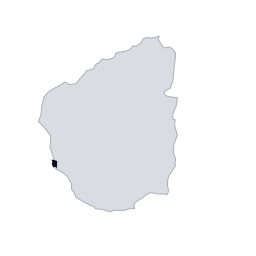 Municipality A, Montevideo, Uruguay (highlighted), rotated 53°
{"feature_id": "84410073B77317438071438", "entity_name": "Municipality A", "entity_type": "district", "adm_level": 2, "iso_a3": "URY", "parent_name": "Uruguay", "parent_adm1": "Montevideo", "projection": "albers", "projection_center": [-56.335, -34.842], "detail": "fine", "context": "in_parent", "style": "filled", "palette": "ink", "viewbox_px": 256, "rotation_deg": 53, "n_neighbors": 0, "source": "geoboundaries", "source_scale": "gbopen_adm2", "svg_char_len": 2943}
<svg xmlns="http://www.w3.org/2000/svg" viewBox="0 0 256 256"><g transform="rotate(53 128 128)"><path d="M196.5,171.2L195.1,172.4L193.5,174.8L191.6,180.6L185.4,188.4L184.1,192.9L177.6,197.4L173.0,202.6L170.1,202.4L167.4,204.6L152.1,211.3L146.6,209.9L142.6,209.9L138.9,206.8L130.3,205.6L125.0,206.8L117.7,210.1L115.6,210.1L114.0,209.9L110.1,208.5L108.0,205.6L96.9,202.2L87.9,194.5L77.3,194.5L69.2,195.6L67.9,194.6L67.1,192.6L65.3,189.8L58.2,183.1L52.6,176.4L51.3,169.8L51.9,162.5L53.4,153.9L53.1,151.3L55.1,149.7L57.2,149.4L59.1,147.1L60.8,143.7L61.0,141.2L59.6,136.5L58.5,130.0L57.3,126.7L59.5,121.5L59.6,119.0L58.2,116.8L57.8,114.6L58.4,112.2L58.2,110.0L57.3,107.9L57.9,106.1L60.0,104.6L61.5,102.5L62.5,99.5L63.0,97.3L63.0,95.8L62.4,94.4L61.0,93.0L61.6,90.3L64.0,86.2L65.6,82.6L66.3,79.5L66.2,77.0L65.3,75.1L65.7,73.8L67.2,73.1L67.9,71.0L67.6,66.0L65.9,61.9L67.1,58.6L70.5,54.7L72.3,51.6L72.5,49.3L73.6,47.9L75.3,50.4L80.3,51.0L85.4,51.1L86.2,50.4L88.1,46.3L90.7,45.1L93.6,44.7L96.7,44.9L100.1,47.7L109.5,56.6L116.3,62.8L118.4,65.7L120.2,67.9L121.6,70.0L121.0,75.3L121.1,77.6L121.4,78.3L122.9,78.4L125.3,78.0L127.2,76.9L128.7,75.2L130.2,73.8L131.4,73.1L131.9,71.9L132.6,70.8L133.3,70.5L134.7,71.4L137.8,74.5L140.3,77.3L140.9,78.9L141.8,80.6L142.8,82.1L143.5,83.5L145.9,85.4L148.3,86.6L149.9,85.4L154.0,89.3L163.0,92.7L164.7,94.7L166.2,97.5L169.3,101.8L173.6,105.6L177.0,107.3L180.4,108.3L182.3,109.2L183.5,110.7L185.5,112.3L186.8,112.9L187.2,114.3L188.5,117.4L189.8,121.3L191.2,124.9L194.4,128.5L198.0,131.3L201.7,132.9L203.8,134.8L204.7,136.8L202.0,139.6L199.1,143.2L196.6,146.0L194.0,147.9L193.1,149.3L192.5,151.4L192.2,162.8L191.9,167.0L192.0,168.1L192.4,168.9L193.9,170.0L195.8,171.0L196.5,171.2Z" fill="#d9dde1" stroke="#a8b0b8" stroke-width="1"/><path d="M111.3,205.7L111.2,205.8L111.0,206.0L110.9,206.2L110.9,206.3L110.7,206.4L110.4,206.3L110.2,206.3L110.0,206.5L109.9,206.5L109.7,206.6L109.8,206.6L109.7,206.6L109.6,206.8L109.5,207.0L109.4,207.0L109.2,207.2L109.0,207.3L108.9,207.4L108.9,207.5L109.0,207.5L108.9,207.6L109.0,207.6L109.2,207.8L109.3,207.8L109.5,207.8L109.4,207.8L109.5,207.8L109.8,207.9L110.0,208.0L110.3,208.2L110.3,208.3L110.5,208.4L110.4,208.4L110.4,208.5L110.5,208.5L110.8,208.7L111.0,208.7L111.0,208.8L111.1,208.7L111.1,208.8L111.1,208.7L111.2,208.8L111.2,208.7L111.2,208.8L111.3,208.8L111.5,208.8L111.6,209.0L111.7,209.3L111.7,209.5L111.8,209.5L112.0,209.6L112.1,209.8L112.1,210.0L112.3,210.0L112.4,209.9L112.3,209.7L112.4,209.8L112.4,209.7L112.5,209.7L112.8,209.7L113.0,209.7L112.9,209.8L113.0,209.8L113.0,209.7L113.2,209.8L113.3,209.9L113.5,209.8L113.7,210.0L113.8,210.1L113.8,209.9L113.9,209.7L114.0,209.7L114.2,209.4L114.2,209.2L114.3,209.0L114.5,209.2L114.7,208.9L114.9,208.7L115.0,208.6L115.1,208.4L115.3,208.4L114.0,207.4L113.9,207.2L113.8,207.3L113.7,207.2L113.4,207.0L112.3,206.3L112.4,206.2L112.1,205.8L112.1,205.6L111.4,205.8L111.3,205.7Z" fill="#0f172a" stroke="#020617" stroke-width="1.5"/></g></svg>